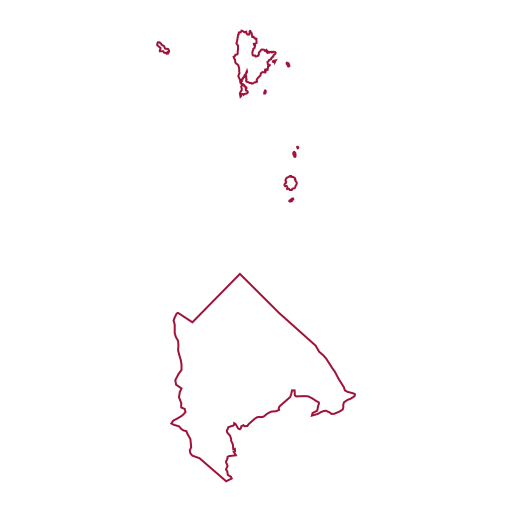 outline of Kuala Nerus, Terengganu, Malaysia
{"feature_id": "92858781B78340444844195", "entity_name": "Kuala Nerus", "entity_type": "district", "adm_level": 2, "iso_a3": "MYS", "parent_name": "Malaysia", "parent_adm1": "Terengganu", "projection": "albers", "projection_center": [103.024, 5.525], "detail": "fine", "context": "isolated", "style": "outline", "palette": "rose", "viewbox_px": 512, "rotation_deg": 0, "n_neighbors": 0, "source": "geoboundaries", "source_scale": "gbopen_adm2", "svg_char_len": 5843}
<svg xmlns="http://www.w3.org/2000/svg" viewBox="0 0 512 512"><path d="M226.2,481.3L231.7,478.5L230.9,476.7L229.7,476.1L227.8,474.9L227.3,471.4L226.0,469.4L227.5,466.1L227.1,464.5L226.2,462.8L226.0,461.4L226.9,460.1L227.5,458.3L227.5,457.0L228.9,456.1L235.9,455.3L235.3,454.1L233.7,451.9L235.1,451.1L234.8,448.8L233.3,449.3L232.8,444.2L231.1,440.7L231.1,438.7L230.0,435.6L228.0,433.5L226.9,431.8L226.9,430.2L227.8,428.9L228.2,427.3L231.1,426.2L232.8,425.8L234.1,424.9L234.2,423.2L235.5,424.0L238.2,428.5L239.9,429.3L241.0,428.0L241.3,426.3L243.5,425.2L244.4,426.2L247.4,426.0L248.5,424.3L252.5,420.7L254.8,418.7L257.2,417.2L260.1,416.9L261.8,417.2L263.8,416.5L266.7,414.1L268.7,412.8L271.4,411.6L276.2,411.2L279.1,409.9L278.7,408.1L279.6,406.3L290.2,397.0L291.3,393.9L292.0,390.4L294.6,390.4L294.8,395.3L296.2,396.4L305.0,396.1L308.4,396.4L312.1,398.3L316.5,401.2L318.7,402.3L319.0,403.5L318.1,406.1L317.2,410.7L312.6,413.0L311.9,415.6L317.2,414.1L318.8,413.4L320.9,412.1L323.2,411.2L325.8,410.7L329.8,412.5L331.4,413.9L334.0,413.9L339.8,411.4L342.6,409.6L343.3,407.6L343.3,404.5L344.0,402.3L347.5,399.9L350.9,398.6L352.0,397.7L353.3,397.2L354.8,395.7L354.9,394.1L353.1,393.3L347.7,391.9L344.9,390.4L343.9,387.3L338.5,378.7L334.8,371.6L332.5,368.5L326.3,358.8L323.4,355.4L319.1,351.7L315.7,345.7L279.0,312.9L239.9,273.9L192.4,322.3L178.1,312.9L176.7,313.5L174.7,317.5L173.6,320.6L174.7,324.6L174.7,332.9L175.8,336.9L178.1,340.9L178.4,345.1L178.1,350.3L179.3,355.1L180.7,359.7L181.5,364.5L181.5,369.9L178.4,374.2L175.3,380.2L176.1,384.7L181.5,388.4L179.8,392.1L179.0,397.3L181.2,403.0L181.2,407.5L184.7,408.9L185.5,412.1L183.2,414.6L181.8,415.8L178.1,418.1L173.3,420.6L171.3,423.5L174.1,424.9L179.0,426.3L181.2,428.9L183.2,430.3L186.4,431.2L187.5,434.0L190.4,439.1L191.2,447.1L189.8,450.5L190.4,453.4L192.4,455.7L199.5,458.2L226.2,481.3ZM243.8,31.9L243.6,31.6L242.5,31.0L241.5,30.7L241.3,31.5L240.5,32.4L239.2,32.3L238.9,32.5L238.7,33.1L238.7,34.4L238.1,34.8L237.1,41.0L236.4,43.4L238.1,45.7L237.9,47.9L238.1,48.8L237.7,51.1L237.7,53.8L237.2,54.5L235.4,54.7L234.9,56.1L233.6,56.8L234.1,58.4L235.0,59.6L235.3,62.1L235.7,63.1L237.9,64.8L238.5,65.9L239.2,68.5L239.2,71.6L239.5,73.0L238.4,75.7L238.4,76.4L239.8,79.4L240.2,80.6L240.2,81.9L240.7,83.3L241.2,83.8L241.3,81.6L241.8,81.2L241.2,80.3L241.4,79.8L241.8,79.4L241.9,79.8L242.3,79.7L242.4,79.1L243.2,78.3L243.2,77.5L243.7,77.0L244.1,77.0L244.6,75.1L245.2,74.7L245.6,74.1L246.9,71.0L247.1,71.9L245.7,74.4L245.7,75.2L246.3,76.2L246.3,76.8L246.0,77.9L246.6,79.4L246.6,79.8L246.1,80.3L246.1,80.8L246.5,81.7L248.4,82.2L249.6,83.0L250.9,82.9L251.2,83.3L251.8,83.6L252.7,83.5L254.7,82.3L255.4,82.4L257.0,81.7L257.0,81.1L256.6,80.4L256.9,79.3L258.5,77.3L260.2,75.7L260.6,75.0L260.8,73.4L262.4,72.1L265.2,72.5L265.7,71.8L265.7,70.8L265.0,70.6L265.2,69.5L266.2,69.4L266.2,70.0L267.6,69.9L267.7,69.6L267.6,68.4L268.0,67.9L268.0,66.2L268.5,65.9L269.4,65.8L269.8,65.1L269.2,64.7L268.4,64.8L267.8,63.9L267.4,62.1L268.6,61.1L269.0,60.1L271.1,59.2L271.1,58.5L271.4,58.0L272.3,57.5L272.5,56.8L273.3,56.5L273.3,55.9L273.8,54.9L275.3,53.9L275.6,52.6L275.3,52.2L273.4,51.7L272.8,51.9L272.6,52.3L272.0,52.5L271.5,51.8L270.3,51.9L270.0,52.3L268.4,52.7L268.9,51.8L268.2,51.6L266.8,52.1L266.5,51.6L266.9,50.5L266.4,50.0L265.8,51.2L265.0,51.0L264.3,49.9L264.0,49.7L261.7,49.5L260.6,50.4L260.3,51.2L258.9,52.5L258.8,54.8L258.2,55.2L258.2,55.7L255.9,56.6L255.6,56.5L255.1,55.5L254.1,55.6L252.9,55.4L252.4,54.1L252.5,51.3L253.2,50.0L253.3,48.8L254.6,47.9L254.8,46.6L255.2,45.7L255.1,45.2L254.2,45.1L253.9,43.9L255.0,43.9L256.6,42.8L256.4,39.7L256.5,38.8L256.1,38.6L255.5,38.8L255.2,38.3L254.5,38.2L253.6,37.2L253.6,36.8L253.3,36.7L253.0,37.0L252.4,37.0L252.4,36.4L251.9,35.8L251.8,33.9L251.5,33.7L251.4,32.7L251.0,32.4L250.3,31.0L250.0,30.9L249.6,31.5L249.8,32.7L249.4,33.2L249.1,34.5L247.8,34.6L247.4,34.5L246.3,33.0L246.4,32.4L246.1,31.7L244.7,32.3L244.4,32.0L243.8,31.9ZM291.2,176.9L291.2,176.0L290.5,175.9L289.6,176.2L288.6,177.0L286.9,177.7L286.3,178.3L285.5,180.1L285.5,180.9L286.2,181.6L286.1,182.8L285.2,183.3L284.5,184.4L284.5,185.3L285.1,186.2L285.5,186.3L286.6,185.9L287.3,187.0L287.6,188.4L287.1,188.7L287.2,189.1L288.4,188.8L289.1,188.9L289.8,190.0L291.8,190.0L292.4,188.7L294.6,188.2L295.4,186.8L295.6,185.8L296.5,184.6L296.7,183.6L296.7,182.5L295.4,180.7L295.5,180.1L294.9,179.7L295.2,178.7L295.0,178.2L293.4,177.1L291.2,176.9ZM165.2,48.7L163.9,46.0L161.5,44.7L161.1,43.6L160.4,43.3L159.6,42.3L157.9,42.3L157.5,43.1L157.5,43.8L157.1,44.6L157.4,45.4L160.4,47.8L160.5,48.9L159.8,50.1L159.9,51.3L163.0,51.2L163.4,51.4L164.2,52.8L165.1,52.9L166.6,52.6L166.8,53.7L167.9,53.6L167.9,52.0L168.3,51.9L168.8,52.1L169.0,51.5L169.0,50.7L168.4,49.3L168.1,49.0L167.5,49.2L166.9,48.8L165.2,48.7ZM245.3,86.5L244.3,86.1L244.4,85.6L244.1,85.1L243.0,84.2L241.3,86.4L241.2,86.7L241.8,88.9L241.8,89.8L240.3,92.4L239.9,93.5L240.5,96.7L241.2,96.0L241.2,94.5L241.8,94.0L242.8,94.0L243.6,94.9L244.6,93.8L246.6,93.6L247.7,92.7L247.7,91.6L247.4,91.2L245.9,90.4L245.7,88.7L246.5,88.2L246.4,87.4L245.4,87.1L245.3,86.5ZM295.1,156.9L295.3,156.7L294.9,156.2L295.5,155.7L295.5,155.0L295.4,153.2L294.4,151.9L293.9,152.0L293.3,152.7L293.3,154.0L294.4,156.7L295.1,156.9ZM293.1,198.5L292.2,198.5L290.3,200.1L290.1,200.5L289.5,200.6L289.3,201.1L290.2,201.6L290.8,201.2L291.8,201.2L292.0,200.5L293.3,199.3L293.1,198.5ZM287.7,63.3L286.9,62.7L286.6,63.2L286.7,63.9L287.5,64.3L287.8,64.9L287.6,65.4L287.8,65.9L288.2,66.4L288.8,66.5L289.4,65.9L289.3,65.2L288.6,65.0L288.7,64.2L288.4,63.9L288.6,63.5L288.4,63.2L287.7,63.3ZM265.1,93.5L265.7,92.5L265.7,90.9L265.3,90.4L265.0,90.5L264.1,93.0L264.3,93.6L265.1,93.5ZM274.7,62.5L275.7,60.4L274.8,60.7L273.9,60.6L272.9,61.3L272.9,61.7L273.3,62.0L274.5,61.9L274.7,62.5ZM297.8,146.8L297.2,146.8L297.1,147.2L297.7,148.3L298.1,148.1L298.3,147.4L297.8,146.8Z" fill="none" stroke="#9f1239" stroke-width="2"/></svg>